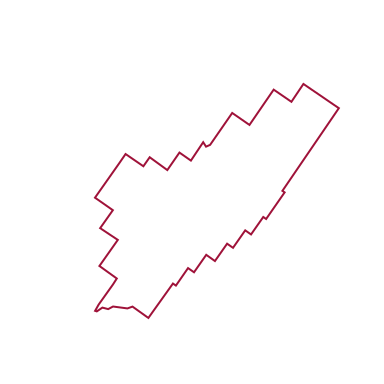 Hot Springs, Wyoming, United States of America, rotated 305°
{"feature_id": "52423323B29926314501901", "entity_name": "Hot Springs", "entity_type": "district", "adm_level": 2, "iso_a3": "USA", "parent_name": "United States of America", "parent_adm1": "Wyoming", "projection": "orthographic", "projection_center": [-108.577, 43.77], "detail": "fine", "context": "isolated", "style": "outline", "palette": "rose", "viewbox_px": 384, "rotation_deg": 305, "n_neighbors": 0, "source": "geoboundaries", "source_scale": "gbopen_adm2", "svg_char_len": 742}
<svg xmlns="http://www.w3.org/2000/svg" viewBox="0 0 384 384"><g transform="rotate(305 192 192)"><path d="M174.3,115.9L131.7,115.8L131.7,137.6L109.7,137.5L110.2,158.7L78.3,158.6L78.0,180.0L71.0,180.3L46.3,180.1L39.1,180.8L39.6,182.5L45.9,184.9L48.0,190.5L52.9,193.0L59.6,205.9L64.0,209.0L63.8,228.5L106.1,228.9L106.1,232.5L127.4,232.4L127.4,239.7L148.7,239.7L148.6,250.4L169.8,250.4L169.8,257.6L191.1,257.6L191.1,264.7L212.4,264.7L212.4,268.2L242.1,268.1L244.8,268.1L244.8,265.4L344.9,264.2L344.8,257.0L344.4,221.3L322.9,221.7L322.7,200.2L279.9,200.6L279.8,179.6L241.0,179.8L237.2,177.5L239.2,172.6L217.1,173.1L217.1,159.1L195.8,159.2L196.2,137.4L185.2,137.4L185.0,115.8L174.3,115.9Z" fill="none" stroke="#9f1239" stroke-width="2"/></g></svg>